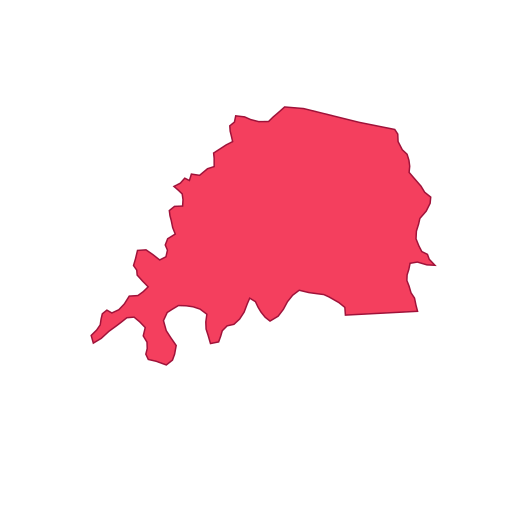 outline of Frei Rogério, Santa Catarina, Brazil, rotated 59°
{"feature_id": "56859067B51954921272382", "entity_name": "Frei Rogério", "entity_type": "district", "adm_level": 2, "iso_a3": "BRA", "parent_name": "Brazil", "parent_adm1": "Santa Catarina", "projection": "robinson", "projection_center": [-50.763, -27.212], "detail": "fine", "context": "isolated", "style": "filled", "palette": "rose", "viewbox_px": 512, "rotation_deg": 59, "n_neighbors": 0, "source": "geoboundaries", "source_scale": "gbopen_adm2", "svg_char_len": 2050}
<svg xmlns="http://www.w3.org/2000/svg" viewBox="0 0 512 512"><g transform="rotate(59 256 256)"><path d="M246.9,440.3L246.9,431.1L244.8,420.9L244.0,411.8L243.4,406.2L242.4,398.5L245.6,392.0L252.5,389.6L260.3,387.8L266.4,393.8L273.7,393.8L279.3,396.9L283.4,401.0L289.2,401.6L294.6,396.0L303.2,389.0L302.2,381.2L298.2,376.3L291.6,370.5L282.5,371.1L273.8,371.4L263.7,368.6L258.7,361.2L258.5,355.1L258.5,348.0L262.7,341.5L267.2,336.0L272.7,331.3L280.6,328.1L286.7,333.0L292.9,336.4L299.3,337.9L307.6,340.1L310.4,332.3L306.4,327.4L302.7,323.4L301.0,316.7L303.2,310.1L301.6,302.5L298.0,295.1L292.4,288.0L288.9,283.1L294.8,280.0L301.0,280.6L306.7,280.6L313.2,279.7L319.0,277.5L319.0,268.0L315.8,260.0L311.4,252.6L308.5,244.8L307.6,236.6L314.6,229.5L319.5,223.4L324.0,217.7L328.7,214.5L333.7,211.7L338.7,208.9L345.8,206.3L352.7,209.8L386.6,146.0L380.5,144.2L373.7,141.8L367.4,142.1L360.6,140.3L354.7,139.3L350.0,136.2L346.3,132.0L341.6,127.7L344.3,120.8L351.6,114.1L356.1,107.4L348.0,109.2L342.9,108.2L337.6,111.6L331.3,111.2L323.7,110.0L317.3,105.7L312.4,100.2L308.2,96.2L305.2,87.0L300.5,79.6L295.5,75.9L288.2,78.6L281.1,78.6L271.4,80.3L263.2,81.7L258.2,78.0L252.7,75.6L246.6,74.1L240.3,75.9L231.1,75.3L224.5,71.7L219.0,71.9L194.5,98.8L154.1,139.3L143.0,154.7L144.5,162.7L145.7,169.8L147.2,176.0L142.2,184.5L136.2,190.4L130.9,194.1L125.4,201.2L130.1,205.5L130.9,211.4L135.6,213.8L140.4,215.3L145.9,217.1L145.4,224.2L145.7,233.0L145.9,239.3L150.6,241.5L157.8,245.8L156.2,252.6L157.8,262.8L152.5,269.2L157.0,274.2L152.6,277.0L154.6,283.3L154.1,290.5L159.9,288.6L164.8,287.3L170.2,289.6L175.4,293.2L171.5,300.3L172.4,306.9L177.2,309.0L182.0,310.4L188.8,312.8L195.6,313.9L195.7,322.8L199.8,328.1L205.4,328.9L210.3,333.6L209.8,340.6L201.6,343.7L194.1,347.1L190.2,354.7L196.2,360.6L201.1,365.9L206.7,365.5L211.2,367.7L219.4,366.1L226.9,364.3L228.5,371.1L229.1,377.6L225.1,385.3L229.3,393.6L231.4,401.2L230.6,408.9L225.6,411.7L226.4,417.5L230.3,421.3L234.8,425.0L237.4,430.7L239.2,438.2L246.9,440.3Z" fill="#f43f5e" stroke="#9f1239" stroke-width="1.5"/></g></svg>